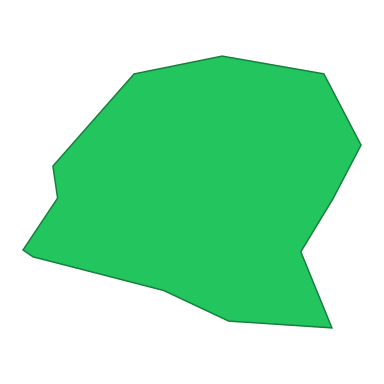 SVG path tracing the border of Trafford
{"feature_id": "GBR-5685", "entity_name": "Trafford", "entity_type": "Metropolitan Borough", "adm_level": 1, "iso_a3": "GBR", "parent_name": "United Kingdom", "parent_adm1": "", "projection": "robinson", "projection_center": [-2.382, 53.409], "detail": "fine", "context": "isolated", "style": "filled", "palette": "green", "viewbox_px": 384, "rotation_deg": 0, "n_neighbors": 0, "source": "natural_earth", "source_scale": "10m", "svg_char_len": 303}
<svg xmlns="http://www.w3.org/2000/svg" viewBox="0 0 384 384"><path d="M222.1,56.1L323.9,73.9L361.0,145.1L333.2,198.4L300.8,251.8L331.9,327.9L228.7,321.1L163.7,290.5L91.2,271.8L33.1,256.9L23.0,250.0L57.6,198.1L52.9,166.1L134.1,73.9L222.1,56.1Z" fill="#22c55e" stroke="#15803d" stroke-width="1.5"/></svg>